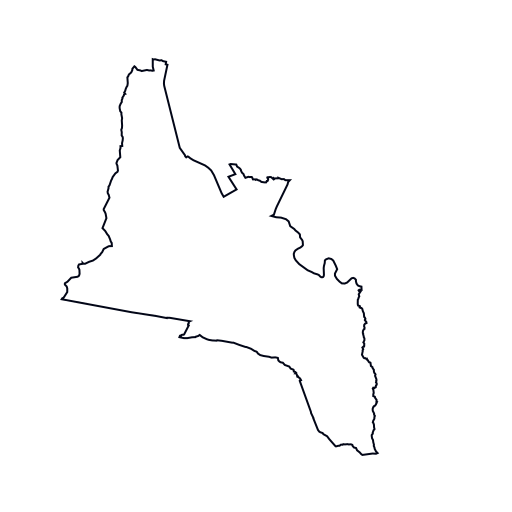 outline of Berca, Buzau, Romania, rotated 201°
{"feature_id": "2599482B72560030145158", "entity_name": "Berca", "entity_type": "district", "adm_level": 2, "iso_a3": "ROU", "parent_name": "Romania", "parent_adm1": "Buzau", "projection": "robinson", "projection_center": [26.655, 45.298], "detail": "fine", "context": "isolated", "style": "outline", "palette": "ink", "viewbox_px": 512, "rotation_deg": 201, "n_neighbors": 0, "source": "geoboundaries", "source_scale": "gbopen_adm2", "svg_char_len": 6096}
<svg xmlns="http://www.w3.org/2000/svg" viewBox="0 0 512 512"><g transform="rotate(201 256 256)"><path d="M437.1,359.4L436.9,358.5L437.5,356.0L437.1,355.2L437.2,353.4L436.5,351.7L436.9,349.8L437.0,347.2L436.7,346.1L436.2,345.0L434.6,342.5L433.0,341.6L432.5,340.1L430.4,336.7L429.9,334.5L427.7,329.7L427.0,327.4L427.0,325.5L425.7,323.5L424.6,320.4L423.1,319.3L422.5,318.2L421.9,316.1L421.5,313.3L420.3,310.8L421.9,310.0L421.2,308.3L421.0,305.7L418.1,299.6L419.6,296.0L419.6,292.8L419.3,292.2L417.8,290.7L415.5,286.3L415.5,284.9L416.9,282.8L418.1,278.4L418.1,276.0L418.3,274.7L418.1,269.6L418.5,267.7L418.0,266.6L417.6,262.8L416.8,261.4L415.5,260.4L413.7,257.9L415.0,245.2L414.6,244.3L412.5,242.6L411.5,241.5L409.2,237.7L409.3,227.0L405.7,225.3L402.7,223.0L400.8,222.0L398.2,219.3L396.8,217.5L395.4,216.5L394.1,213.6L396.6,212.6L397.3,212.0L400.7,208.0L401.0,204.4L401.8,202.4L401.8,201.5L404.4,196.4L406.6,193.3L409.7,190.8L412.8,187.5L414.4,186.9L415.4,187.4L415.0,186.6L418.2,184.7L418.4,183.3L418.0,181.6L416.8,180.8L415.9,179.8L414.3,176.1L414.2,174.7L414.2,174.1L415.1,172.7L420.7,169.5L422.8,164.4L424.6,162.1L424.5,161.3L424.0,160.7L422.0,159.8L421.4,159.2L420.5,157.9L419.3,154.7L420.4,149.3L420.8,148.0L421.7,147.1L421.9,146.0L352.0,158.9L327.6,164.2L316.9,166.1L316.9,166.5L314.3,167.4L294.4,171.4L295.3,170.5L294.7,169.3L295.0,168.1L294.8,167.3L293.9,167.1L295.0,157.2L295.3,156.6L296.6,156.1L297.3,155.5L297.3,154.9L298.4,154.3L298.4,152.8L293.8,153.5L290.7,154.7L286.6,157.2L283.4,158.6L283.3,159.1L281.3,160.6L280.3,162.1L276.7,161.0L272.1,160.7L270.0,160.8L266.6,161.5L262.3,162.9L262.1,163.4L257.4,164.6L247.4,166.5L246.0,167.0L239.8,167.0L233.3,167.3L232.3,167.6L227.4,167.6L223.4,166.8L221.6,166.9L220.5,166.6L219.4,165.7L216.6,165.0L213.0,165.4L207.7,166.6L205.1,166.7L201.6,168.3L199.1,168.7L197.7,166.5L196.1,165.8L194.7,165.6L192.7,166.0L190.1,164.6L185.3,164.7L183.3,163.3L180.4,163.3L179.9,163.0L179.3,161.7L177.8,161.8L176.8,161.4L177.1,160.6L176.5,160.8L175.4,159.9L174.5,158.6L174.1,158.7L173.9,158.2L173.4,158.5L172.8,158.0L171.3,157.6L170.1,156.8L169.5,156.2L170.4,155.6L170.5,155.2L148.9,130.2L148.3,129.1L144.3,125.3L144.4,125.1L135.8,115.8L134.0,114.7L132.7,114.5L130.4,114.6L129.2,113.8L125.0,113.2L122.0,111.3L113.6,106.9L113.1,106.9L111.2,108.3L110.0,108.8L109.1,110.3L107.4,110.9L107.2,111.5L106.8,111.7L105.6,111.9L103.0,113.2L102.2,113.2L99.9,114.2L98.4,114.2L97.6,113.2L95.8,112.3L93.8,112.6L92.0,110.8L88.7,109.8L87.1,108.9L85.4,108.4L76.3,113.4L73.1,114.4L71.9,115.6L74.0,116.6L76.1,118.5L76.8,119.7L78.0,120.9L78.2,122.0L79.8,124.2L80.8,126.1L82.3,127.4L83.5,129.5L83.8,130.4L83.3,132.0L83.7,132.7L83.8,135.6L83.3,136.6L83.4,137.0L84.4,138.4L85.4,140.7L86.5,142.1L87.3,142.5L87.5,144.2L87.2,146.3L87.4,147.4L87.8,148.0L87.7,149.3L88.9,150.2L89.3,151.3L91.5,153.3L92.3,155.0L92.4,157.0L92.0,157.7L92.1,158.0L91.2,159.0L90.8,160.7L91.0,161.8L90.7,162.2L90.9,162.8L90.8,163.2L91.4,163.3L91.8,164.8L94.0,166.3L94.6,167.2L96.3,167.2L97.0,169.1L97.0,170.3L98.4,173.0L99.5,174.1L99.3,175.1L98.0,175.2L97.8,176.0L97.2,176.4L97.6,178.1L97.2,179.1L97.7,180.4L98.7,181.0L98.8,182.3L99.1,182.6L99.0,183.3L99.6,184.3L101.9,186.8L102.0,188.3L102.6,188.8L103.8,189.4L104.8,190.9L105.1,191.9L106.9,193.1L107.5,194.0L109.3,194.5L110.9,197.4L111.3,197.5L112.2,197.3L113.3,197.9L114.0,198.7L115.2,199.0L115.7,199.9L116.5,199.5L117.3,199.8L118.2,199.4L119.0,199.6L121.7,201.8L122.3,205.6L122.7,206.2L122.5,207.4L123.9,208.7L123.2,210.1L122.7,210.2L122.7,210.7L123.6,213.1L124.8,213.8L124.6,216.2L125.3,218.0L126.2,218.7L126.6,219.5L128.0,221.4L128.1,221.9L128.7,222.4L129.3,224.3L129.1,226.2L128.6,226.8L129.0,228.1L129.9,229.1L130.3,230.6L129.9,232.0L128.8,233.0L129.4,234.0L131.4,235.1L131.5,235.5L131.3,236.5L132.4,237.6L133.2,237.9L134.8,241.2L136.4,242.7L137.9,244.8L139.0,245.3L139.7,245.0L140.8,245.1L140.9,246.2L141.2,246.5L142.8,246.3L143.4,246.9L144.0,248.1L145.3,251.7L145.1,252.7L145.3,254.0L145.1,255.3L146.4,257.1L145.7,260.1L147.0,260.0L147.9,260.7L147.4,261.6L145.3,262.2L146.6,265.2L148.6,264.9L150.3,265.0L152.2,266.2L153.6,268.1L154.2,269.6L155.9,270.4L157.4,270.4L158.8,269.4L161.4,263.9L163.3,262.1L166.0,261.2L168.8,262.0L172.3,263.6L175.2,265.9L176.0,267.9L175.5,272.8L178.1,275.6L182.2,279.4L184.5,280.2L187.3,279.9L189.4,278.0L190.1,276.6L189.3,274.0L189.0,271.1L188.5,269.0L185.8,262.7L185.6,261.4L185.8,260.5L186.5,259.9L187.5,259.6L188.8,259.9L190.3,260.7L191.8,260.9L195.7,260.6L198.2,261.0L202.7,261.2L212.7,263.9L217.3,266.2L219.5,268.0L220.7,269.9L221.5,271.5L221.6,273.6L221.2,275.3L219.5,277.8L217.6,279.8L216.4,281.8L216.1,283.0L217.7,286.5L218.7,287.5L221.5,289.2L222.8,291.9L225.1,293.0L228.4,294.0L229.9,294.9L234.7,296.1L237.9,300.0L241.2,301.1L246.4,300.8L251.1,299.4L256.0,298.9L254.1,301.0L254.4,306.8L254.3,309.8L252.2,334.1L252.5,336.6L251.6,338.9L255.8,337.3L257.5,337.8L259.6,336.9L263.1,337.0L262.9,336.6L266.2,335.2L266.5,334.5L267.4,334.9L267.4,334.0L269.9,335.0L271.3,334.8L271.9,334.3L273.2,333.8L273.6,333.4L273.4,333.0L272.6,332.6L272.0,331.6L272.1,330.2L272.8,329.9L272.9,328.4L274.3,327.8L277.5,327.1L279.4,327.7L281.0,327.5L282.8,327.8L283.5,327.0L284.1,327.3L286.3,326.4L287.9,328.1L288.4,328.2L290.3,327.4L291.5,327.2L293.9,325.2L296.0,326.8L297.0,328.0L299.0,328.8L300.6,330.3L300.8,330.8L302.0,331.7L303.3,332.2L305.7,332.7L307.2,334.3L312.6,332.8L313.5,332.0L304.6,325.0L310.1,320.1L298.0,311.2L307.4,299.7L310.7,302.4L324.2,316.4L328.5,319.8L332.2,321.3L336.1,322.3L348.8,323.0L352.4,323.7L354.8,324.5L355.6,324.4L356.5,323.1L357.8,323.7L358.4,324.6L365.9,329.6L402.7,382.0L403.7,383.9L404.6,386.6L407.2,402.8L409.0,402.6L409.5,405.1L412.7,404.6L414.4,404.9L416.0,404.0L420.7,403.5L422.2,402.7L422.9,402.7L420.2,395.7L418.0,392.5L419.1,391.8L420.9,391.5L422.3,390.9L424.5,390.6L429.0,387.7L430.4,387.8L433.4,387.3L436.4,389.2L437.5,389.5L438.5,386.5L438.1,385.2L438.2,383.1L438.7,381.7L439.5,380.4L439.8,379.0L439.7,377.9L440.1,376.7L437.7,371.5L437.2,369.4L437.1,368.6L437.4,367.5L437.5,365.4L437.3,363.2L437.6,361.3L436.2,360.5L436.7,360.1L437.1,359.4Z" fill="none" stroke="#020617" stroke-width="2"/></g></svg>